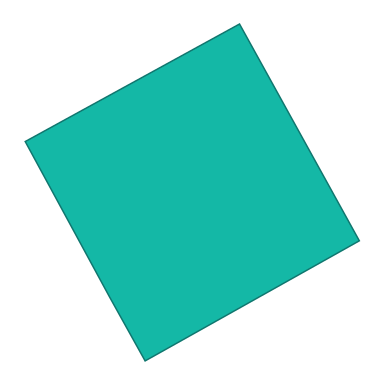 outline of Stonewall, Texas, United States of America, rotated 61°
{"feature_id": "52423323B46618187662485", "entity_name": "Stonewall", "entity_type": "district", "adm_level": 2, "iso_a3": "USA", "parent_name": "United States of America", "parent_adm1": "Texas", "projection": "robinson", "projection_center": [-100.217, 33.179], "detail": "fine", "context": "isolated", "style": "filled", "palette": "teal", "viewbox_px": 384, "rotation_deg": 61, "n_neighbors": 0, "source": "geoboundaries", "source_scale": "gbopen_adm2", "svg_char_len": 238}
<svg xmlns="http://www.w3.org/2000/svg" viewBox="0 0 384 384"><g transform="rotate(61 192 192)"><path d="M243.8,315.0L317.0,314.9L315.8,69.3L68.1,69.0L67.0,313.4L243.8,315.0Z" fill="#14b8a6" stroke="#0f766e" stroke-width="1.5"/></g></svg>